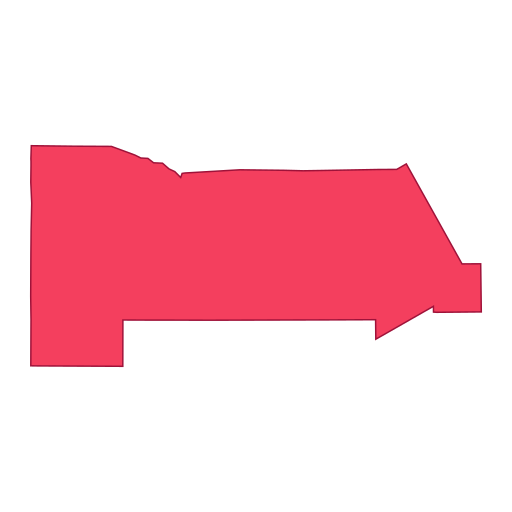 outline of San Miguel, New Mexico, United States of America
{"feature_id": "52423323B97711428373458", "entity_name": "San Miguel", "entity_type": "district", "adm_level": 2, "iso_a3": "USA", "parent_name": "United States of America", "parent_adm1": "New Mexico", "projection": "albers", "projection_center": [-104.906, 35.456], "detail": "fine", "context": "isolated", "style": "filled", "palette": "rose", "viewbox_px": 512, "rotation_deg": 0, "n_neighbors": 0, "source": "geoboundaries", "source_scale": "gbopen_adm2", "svg_char_len": 683}
<svg xmlns="http://www.w3.org/2000/svg" viewBox="0 0 512 512"><path d="M122.8,366.3L122.9,320.0L149.3,320.1L168.1,320.1L209.6,320.2L325.7,319.9L375.6,319.7L375.8,339.2L433.4,306.3L433.5,312.1L436.7,312.3L481.3,311.9L480.8,272.4L480.7,263.8L462.0,263.9L406.3,163.9L396.7,169.4L378.2,169.5L321.7,170.5L303.2,170.8L283.8,170.3L239.8,169.8L184.8,173.0L182.1,173.4L180.7,177.5L174.8,171.6L169.0,168.9L162.5,163.2L153.6,162.8L147.9,158.4L140.8,158.0L135.0,155.1L111.4,146.4L73.5,146.2L31.3,145.7L30.9,158.6L31.0,161.4L31.0,165.9L30.8,182.2L31.7,203.3L31.1,230.1L30.9,253.7L30.7,296.2L31.0,319.7L30.8,365.8L37.7,365.9L122.8,366.3Z" fill="#f43f5e" stroke="#9f1239" stroke-width="1.5"/></svg>